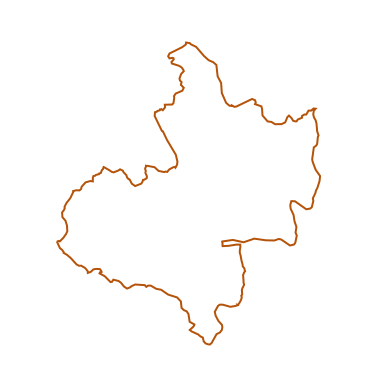 Telimele, Télimélé, Guinea, rotated 104°
{"feature_id": "49546643B50480493924889", "entity_name": "Telimele", "entity_type": "district", "adm_level": 2, "iso_a3": "GIN", "parent_name": "Guinea", "parent_adm1": "Télimélé", "projection": "mercator", "projection_center": [-13.353, 10.89], "detail": "fine", "context": "isolated", "style": "outline", "palette": "amber", "viewbox_px": 384, "rotation_deg": 104, "n_neighbors": 0, "source": "geoboundaries", "source_scale": "gbopen_adm2", "svg_char_len": 4053}
<svg xmlns="http://www.w3.org/2000/svg" viewBox="0 0 384 384"><g transform="rotate(104 192 192)"><path d="M127.3,246.6L140.0,236.0L140.1,235.0L147.6,228.8L159.8,216.7L166.0,213.5L169.0,213.1L172.1,213.8L172.3,213.9L171.6,214.3L172.6,216.3L175.7,219.6L178.5,220.9L178.6,222.7L179.4,223.7L179.6,229.6L177.0,234.3L177.4,241.6L177.7,242.8L177.7,243.0L178.5,242.8L180.4,243.2L182.0,242.5L182.7,241.9L184.4,241.9L185.4,241.4L186.5,240.4L187.3,239.8L187.8,239.5L189.6,239.3L191.8,241.5L192.1,242.5L193.9,242.5L195.5,243.0L196.2,243.3L200.0,248.6L198.5,252.4L194.8,255.7L194.9,256.6L193.6,258.5L191.6,259.7L189.2,263.4L188.1,264.2L187.4,267.3L189.0,268.7L191.9,272.8L191.9,274.6L190.9,277.4L189.1,283.7L189.1,283.8L191.5,284.0L192.4,284.7L195.7,285.1L196.5,286.6L197.2,286.6L198.7,289.4L199.7,290.0L200.4,291.5L202.0,291.7L205.7,290.8L205.9,293.2L208.4,297.6L213.7,300.4L215.9,300.3L217.7,301.6L218.3,304.7L219.9,307.6L220.6,307.2L227.4,308.6L233.2,311.2L237.3,312.1L238.3,311.6L240.2,311.8L243.3,313.1L247.8,311.6L250.5,307.8L254.8,305.2L260.2,303.5L263.1,304.0L267.7,305.8L271.9,308.3L271.6,309.2L272.4,310.5L273.4,310.6L278.5,306.5L279.6,304.0L281.3,302.0L282.1,301.9L283.2,298.1L285.4,293.7L290.2,286.5L290.9,283.8L290.3,281.7L291.7,277.1L294.1,274.0L295.7,273.5L294.0,270.9L291.0,269.0L289.8,266.4L289.1,262.7L290.9,260.6L291.7,260.4L292.3,261.9L293.4,262.0L294.8,256.3L299.1,249.3L298.5,247.9L296.1,247.1L296.1,241.8L297.2,239.0L300.2,235.1L301.4,231.7L299.5,229.0L297.9,227.8L295.5,224.7L293.8,215.3L295.1,213.4L293.5,212.0L292.8,209.4L294.6,203.2L294.3,198.3L297.3,190.4L297.9,180.9L300.9,176.3L307.0,174.1L308.6,171.3L309.0,168.4L311.3,165.9L318.5,162.9L320.0,157.6L322.0,157.9L326.4,160.8L327.4,158.6L328.7,151.6L330.2,148.6L330.6,146.3L333.9,144.6L334.0,144.6L335.6,142.3L335.9,139.8L335.7,137.8L333.7,136.4L324.0,133.8L321.5,130.9L318.7,129.7L315.9,129.8L313.7,130.8L310.6,135.3L306.2,139.2L302.7,140.9L296.2,139.2L294.6,137.8L293.9,134.9L294.1,126.9L292.2,122.6L290.7,120.1L290.4,120.4L290.4,120.1L288.0,119.1L285.6,118.5L285.4,118.5L284.2,118.2L282.0,118.3L280.7,119.1L279.3,118.5L275.9,119.6L275.1,119.9L272.9,119.8L271.7,119.4L270.7,119.3L269.8,119.1L269.1,119.1L267.8,119.9L265.5,120.6L263.4,121.3L262.1,121.7L260.4,122.3L259.6,122.3L259.0,122.1L258.3,122.1L257.7,122.1L256.1,121.3L255.0,122.0L253.6,122.6L253.0,123.2L252.3,124.2L252.0,124.7L250.3,125.3L248.5,126.3L246.5,127.4L243.9,128.6L242.2,129.3L240.6,130.2L239.5,130.9L238.4,131.2L236.9,131.5L234.9,131.7L233.3,131.8L232.3,132.3L231.4,132.4L232.3,136.2L235.4,143.5L237.1,149.2L236.0,149.6L234.5,149.9L233.1,150.7L232.7,150.7L228.6,140.7L228.3,129.8L222.2,120.3L221.0,108.7L219.1,100.3L216.6,96.5L216.5,94.0L220.2,84.0L218.2,80.2L216.2,79.5L213.5,79.6L208.9,79.8L206.3,81.7L200.7,82.2L195.5,85.5L189.7,87.9L184.4,92.2L181.0,93.5L176.8,93.4L176.1,89.8L181.1,77.0L179.5,73.3L177.8,72.1L171.4,72.1L168.9,73.2L163.0,72.0L160.9,72.1L157.4,71.3L150.5,70.9L146.9,71.4L145.5,71.6L140.5,77.4L133.7,82.1L131.3,83.3L119.2,84.6L117.1,82.8L115.1,82.2L108.0,83.2L106.5,82.9L102.9,85.2L95.4,87.8L92.6,89.3L90.1,91.7L87.4,93.1L83.8,93.5L81.3,92.2L81.6,94.3L84.2,96.1L84.8,98.6L89.2,99.9L89.7,101.8L91.7,103.7L93.3,103.2L96.1,106.9L98.1,107.6L98.5,108.9L98.4,111.1L96.2,113.3L94.4,116.4L96.3,117.6L101.9,118.4L104.5,121.6L106.1,127.8L104.8,131.9L105.2,135.7L100.7,142.1L94.5,144.1L92.1,145.4L91.5,152.1L89.7,151.8L87.7,153.0L87.2,156.2L98.3,169.6L99.1,171.4L98.0,175.5L98.9,174.1L99.2,176.6L97.2,180.5L88.8,187.0L79.2,190.1L73.6,195.1L62.8,199.1L60.9,202.9L60.1,207.7L57.1,213.3L50.2,223.1L48.9,229.0L48.1,230.1L48.4,233.9L50.4,233.7L53.7,236.4L63.0,247.3L66.0,248.0L67.8,246.2L66.5,243.4L66.7,242.3L67.7,241.8L70.9,243.4L72.2,242.6L72.7,235.0L73.6,232.3L75.5,230.0L76.8,229.2L80.1,231.1L84.9,231.6L86.7,230.7L87.9,228.7L90.7,228.7L92.9,225.2L96.1,225.9L100.4,231.6L103.3,232.7L104.9,232.0L110.4,231.5L111.9,232.4L113.9,239.5L116.3,238.6L119.7,240.1L119.0,241.8L119.7,242.3L119.6,243.0L120.7,243.2L121.7,245.2L122.6,245.5L123.5,247.2L127.3,246.6Z" fill="none" stroke="#b45309" stroke-width="2"/></g></svg>